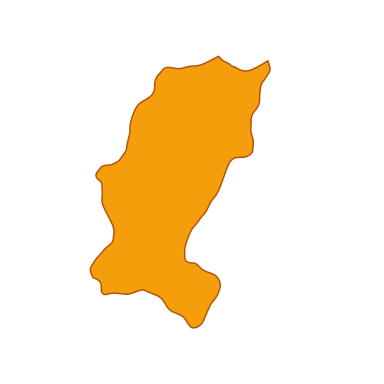 the district of Maimón, Monseñor Nouel, Dominican Republic, rotated 243°
{"feature_id": "3306468B25789433891427", "entity_name": "Maimón", "entity_type": "district", "adm_level": 2, "iso_a3": "DOM", "parent_name": "Dominican Republic", "parent_adm1": "Monseñor Nouel", "projection": "robinson", "projection_center": [-70.282, 18.886], "detail": "fine", "context": "isolated", "style": "filled", "palette": "amber", "viewbox_px": 384, "rotation_deg": 243, "n_neighbors": 0, "source": "geoboundaries", "source_scale": "gbopen_adm2", "svg_char_len": 2919}
<svg xmlns="http://www.w3.org/2000/svg" viewBox="0 0 384 384"><g transform="rotate(243 192 192)"><path d="M82.8,156.8L84.3,159.3L86.9,165.1L89.0,168.3L91.6,171.3L93.4,173.0L95.4,174.6L97.8,175.6L100.4,176.1L102.9,176.0L104.2,175.9L106.7,175.1L107.8,174.5L109.8,173.0L114.4,168.8L117.4,166.5L119.5,165.4L124.1,164.0L126.1,163.1L126.9,162.5L127.6,161.7L129.2,159.0L130.5,157.3L132.1,156.0L133.0,155.5L134.1,155.3L135.1,155.3L137.1,155.9L144.4,159.5L146.5,161.1L149.5,163.9L153.4,168.0L156.1,171.2L158.6,174.6L159.9,176.9L161.9,182.0L165.3,188.7L166.7,192.5L167.9,194.8L169.2,197.0L173.9,203.2L175.3,205.4L178.0,211.4L180.2,214.9L182.8,218.2L185.6,221.4L198.3,234.9L200.0,237.1L201.6,239.3L202.6,241.8L203.0,244.5L202.6,247.1L201.7,249.3L199.6,253.6L198.9,256.1L198.8,258.7L198.8,260.0L199.4,262.4L200.0,263.5L200.8,264.4L201.7,265.1L208.6,269.3L210.9,270.2L217.1,271.4L219.6,272.1L221.8,273.2L225.9,275.6L229.2,277.3L231.3,278.6L233.1,280.3L234.6,282.3L235.2,283.4L237.3,288.1L238.7,290.1L240.3,291.9L242.2,293.4L246.6,295.7L248.6,296.9L254.5,300.8L256.2,302.3L257.5,304.2L259.2,307.4L263.2,314.6L264.7,316.4L265.6,317.1L267.7,317.9L270.0,318.5L274.4,319.1L273.8,310.7L273.7,304.4L274.0,299.7L274.6,296.8L275.1,295.4L276.6,292.8L278.5,290.6L283.2,287.4L286.1,284.7L289.7,283.1L293.0,280.5L294.9,279.3L297.1,278.3L300.8,277.4L300.8,262.7L301.1,258.4L301.6,255.7L302.4,253.1L304.9,247.4L305.6,244.8L306.7,239.4L307.6,236.9L308.9,234.5L312.8,229.1L314.0,227.0L314.5,225.8L314.7,224.5L314.4,222.2L311.3,214.5L310.7,213.3L309.3,211.2L306.6,208.7L301.4,205.8L300.4,205.1L298.7,203.4L297.2,201.4L296.7,200.3L295.9,197.7L295.5,194.9L295.1,188.0L294.6,185.2L294.2,183.9L293.0,181.4L290.7,178.0L286.1,172.8L282.1,169.0L278.8,166.6L274.3,164.3L272.1,162.8L264.8,156.5L259.9,153.0L259.1,152.2L257.7,150.3L254.3,143.8L253.3,141.5L253.0,140.1L252.7,137.4L252.9,133.2L253.5,130.7L255.2,126.4L255.6,124.3L255.5,123.1L254.9,121.0L252.6,116.1L251.9,115.2L251.1,114.4L250.1,113.9L249.1,113.6L247.0,113.7L242.6,115.4L241.7,115.5L239.7,115.2L231.3,111.4L226.1,108.3L223.8,107.3L222.5,107.0L219.7,106.6L217.0,106.4L203.0,106.4L198.8,106.3L194.8,105.6L193.5,105.2L191.3,104.1L185.6,100.3L183.9,98.7L183.3,97.7L182.5,95.4L181.1,89.1L178.1,82.1L176.3,77.0L174.5,73.6L172.2,69.6L170.8,67.7L170.0,66.9L169.1,66.2L166.9,65.4L164.5,65.1L160.8,64.9L157.1,67.9L155.0,68.9L153.8,69.2L152.7,69.3L150.4,68.9L144.9,66.3L142.8,66.2L141.8,66.5L140.9,67.0L140.2,67.9L139.7,68.8L138.2,74.5L137.2,76.9L135.8,79.3L131.9,85.0L130.5,87.5L129.9,88.8L129.0,92.8L128.1,100.7L127.4,103.1L126.9,104.1L126.1,105.0L122.5,107.9L115.4,114.0L113.1,115.5L110.7,116.5L108.2,117.0L100.5,117.8L98.0,118.4L96.8,118.8L94.5,120.1L88.2,125.3L86.0,126.8L84.8,127.4L83.6,127.8L81.2,128.3L74.1,129.0L72.0,129.7L71.0,130.5L70.3,131.5L69.8,132.7L69.3,135.2L69.5,137.8L70.2,140.4L70.8,141.7L72.3,144.0L78.7,151.6L82.8,156.8Z" fill="#f59e0b" stroke="#b45309" stroke-width="1.5"/></g></svg>